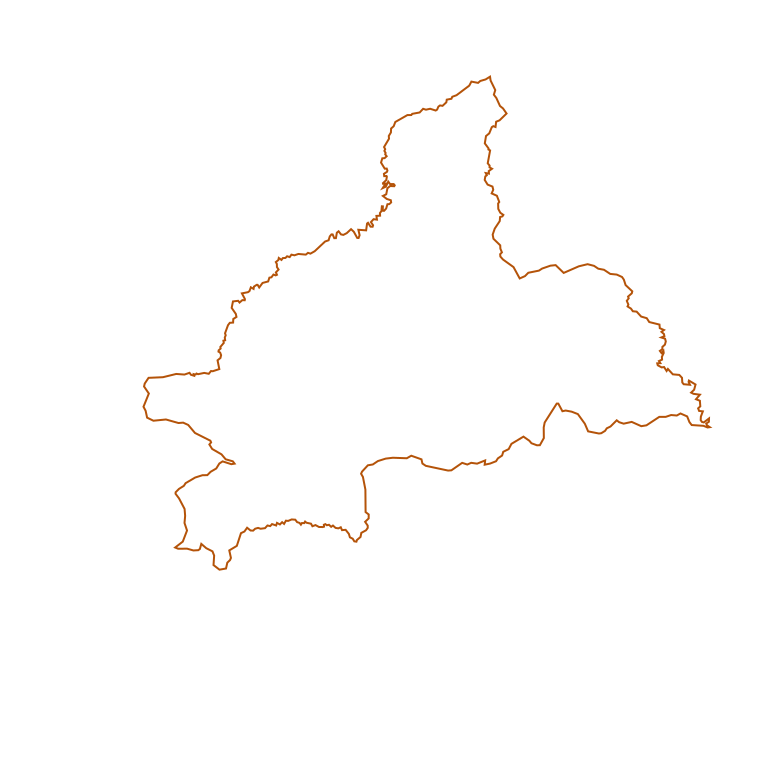 La Palma, Cundinamarca, Colombia (orthographic projection), rotated 237°
{"feature_id": "7082276B19897165223150", "entity_name": "La Palma", "entity_type": "district", "adm_level": 2, "iso_a3": "COL", "parent_name": "Colombia", "parent_adm1": "Cundinamarca", "projection": "orthographic", "projection_center": [-74.393, 5.347], "detail": "fine", "context": "isolated", "style": "outline", "palette": "amber", "viewbox_px": 768, "rotation_deg": 237, "n_neighbors": 0, "source": "geoboundaries", "source_scale": "gbopen_adm2", "svg_char_len": 6166}
<svg xmlns="http://www.w3.org/2000/svg" viewBox="0 0 768 768"><g transform="rotate(237 384 384)"><path d="M517.4,189.9L514.7,183.6L512.6,181.4L504.1,181.6L495.9,169.9L491.4,169.5L484.8,167.0L478.8,170.6L473.0,181.8L463.2,190.4L461.0,194.5L456.3,197.5L445.9,198.8L431.0,207.5L429.2,207.2L428.4,204.6L423.1,204.5L413.5,209.4L407.1,210.2L401.5,215.1L398.6,215.3L399.9,212.3L407.0,206.5L407.0,202.6L404.5,197.3L404.8,190.8L403.8,186.2L406.4,182.0L408.4,174.7L408.9,163.6L407.6,160.7L407.7,155.0L406.7,150.3L405.5,149.4L399.7,149.8L387.8,148.7L381.7,145.4L376.1,141.0L368.4,139.0L361.4,129.4L360.6,119.8L358.0,121.6L353.1,129.2L348.2,133.5L345.8,137.7L345.9,139.7L349.4,143.7L343.1,145.5L337.1,149.0L332.6,148.1L325.0,142.4L317.9,144.9L315.3,151.0L319.5,155.3L320.2,159.0L321.5,160.9L328.7,163.6L328.4,172.4L336.8,182.8L336.3,186.6L338.0,190.9L333.8,192.3L332.3,194.4L332.8,197.1L331.9,200.0L329.8,201.7L327.9,205.7L328.8,209.2L326.8,211.2L327.5,213.8L324.1,216.5L325.8,218.6L322.9,220.2L323.6,223.3L321.1,224.0L322.8,227.3L321.4,229.0L320.7,232.8L318.5,235.7L315.5,235.9L313.5,237.5L311.3,237.7L312.1,239.4L310.8,241.3L311.6,242.9L309.9,243.4L306.6,246.7L303.7,246.5L303.0,249.7L299.5,251.6L297.4,254.7L297.0,256.0L298.7,256.9L298.4,258.5L296.7,259.1L295.9,261.2L293.0,261.9L293.1,264.1L289.7,265.0L287.8,267.1L287.4,269.7L284.3,269.2L282.6,272.4L277.4,272.9L274.0,271.9L271.3,273.5L268.2,273.4L266.8,275.0L267.9,276.3L268.5,281.0L271.5,283.9L271.1,289.3L272.2,292.0L274.1,293.2L278.7,293.1L279.6,297.9L282.9,300.1L286.6,298.8L305.6,310.9L317.5,315.7L321.2,315.9L322.5,317.9L324.6,326.2L322.6,330.8L322.7,336.9L320.5,344.8L317.3,351.3L309.3,362.7L309.0,367.8L300.4,374.4L296.4,372.9L292.6,374.5L276.5,390.6L274.9,393.5L275.3,406.6L271.1,410.0L270.4,414.2L266.5,418.7L264.8,427.2L261.5,424.5L259.5,429.6L258.2,435.9L259.6,439.0L259.7,444.1L262.2,447.1L261.5,453.1L264.4,458.3L263.9,472.3L257.2,475.0L254.0,475.4L249.3,478.9L247.8,481.4L251.6,488.6L260.6,494.3L264.2,497.8L273.5,518.2L272.6,519.5L264.0,518.8L262.8,521.9L258.6,526.3L253.2,530.2L241.3,530.8L233.1,529.4L225.4,537.3L224.4,539.4L224.3,543.9L225.5,546.7L225.0,550.8L226.8,559.4L223.9,560.4L220.2,563.4L217.3,571.1L208.5,576.8L206.4,581.6L206.5,597.0L203.0,602.4L201.6,607.9L198.1,612.4L197.8,616.6L191.7,620.6L185.7,619.4L182.0,619.7L174.9,629.2L171.3,631.7L170.4,633.7L173.4,632.4L175.3,632.7L175.4,635.9L178.1,637.8L177.6,631.3L179.0,630.0L181.2,629.9L184.1,632.0L187.4,636.5L189.8,633.6L192.5,634.2L193.0,637.1L197.9,639.8L201.3,637.4L203.0,643.1L207.2,638.2L209.5,636.9L210.3,641.0L213.9,645.0L220.8,641.6L219.9,640.6L216.7,640.2L220.6,635.2L222.8,635.0L226.9,637.3L230.8,636.6L234.8,631.5L242.0,630.3L241.0,628.1L245.7,628.1L246.7,625.9L250.6,623.8L252.5,624.4L251.0,627.1L253.5,627.1L253.0,630.5L255.4,631.8L257.7,635.5L259.6,636.4L258.8,633.6L261.5,633.4L261.6,636.4L263.5,637.7L264.0,641.0L266.2,643.5L268.9,644.4L272.0,641.9L271.4,645.2L273.4,646.0L276.6,645.1L276.8,648.2L280.6,645.7L283.8,647.4L291.5,640.2L296.1,640.2L300.5,636.4L307.1,635.3L309.5,632.3L312.7,632.2L316.4,630.5L317.5,632.2L321.5,632.9L322.6,635.9L324.4,636.3L325.1,641.2L326.5,642.7L335.4,640.5L340.9,642.0L344.1,641.9L349.0,638.8L353.1,633.7L360.0,630.7L364.0,626.5L368.7,624.5L373.6,620.0L376.6,611.5L379.3,595.2L390.2,592.7L392.6,588.0L394.7,579.5L394.7,575.7L398.7,565.6L397.7,561.0L398.6,555.3L411.5,556.3L423.6,551.6L427.5,551.0L429.6,552.1L430.2,554.6L434.1,555.3L437.0,557.0L446.2,554.9L450.1,556.5L454.0,561.5L457.6,569.8L460.8,572.3L460.1,574.6L460.8,576.2L464.3,574.8L468.6,575.2L473.2,578.0L473.9,579.8L480.4,581.2L485.2,578.1L487.4,581.4L490.5,582.5L494.8,579.5L500.3,579.6L502.9,582.0L503.1,583.9L505.5,584.2L503.3,586.6L505.5,587.8L505.7,591.8L508.2,590.5L509.6,591.5L512.6,591.2L522.1,600.2L523.8,599.3L524.6,600.0L530.9,599.6L536.4,604.6L536.9,608.8L540.7,614.3L540.7,616.1L538.8,617.5L542.9,620.9L542.2,624.5L544.1,634.1L550.3,633.9L554.0,632.7L562.7,634.0L566.8,633.7L569.9,637.4L580.5,638.7L584.0,640.3L584.1,635.1L585.7,629.8L585.3,626.9L590.0,622.0L587.8,618.0L586.7,602.1L587.7,597.7L586.5,595.9L588.3,591.5L586.3,589.7L585.4,584.6L587.1,582.7L587.0,580.7L585.2,578.0L585.2,576.3L589.7,572.6L591.2,568.6L593.5,566.7L592.3,561.8L595.2,554.8L594.7,553.4L596.8,550.1L597.6,536.2L594.9,532.5L594.4,529.1L591.2,526.8L589.4,523.1L587.0,521.8L582.7,513.1L580.3,512.9L579.3,511.3L576.9,511.2L576.0,510.1L573.6,510.3L573.1,507.5L574.2,505.5L571.3,502.1L564.2,501.9L563.2,503.6L561.1,503.1L560.3,502.0L560.3,498.4L558.2,497.4L557.1,499.4L556.3,499.3L553.8,497.0L553.0,492.5L552.4,492.3L551.2,494.5L549.0,489.6L548.5,493.0L551.4,497.8L548.4,498.0L546.4,501.0L544.8,501.2L544.3,500.3L546.7,497.0L546.3,493.5L541.9,489.2L542.3,485.5L537.7,487.1L534.4,489.8L532.4,488.9L532.0,486.4L532.9,484.8L530.0,481.4L529.2,478.4L530.0,477.3L533.6,479.8L534.2,479.0L530.4,476.0L529.6,473.7L527.3,472.4L529.1,469.2L525.7,467.6L527.9,465.0L526.9,461.2L523.1,461.3L522.1,460.1L523.3,458.4L527.9,458.4L527.8,457.2L522.6,452.7L527.3,446.5L522.1,444.6L520.3,442.2L521.1,441.1L528.1,441.6L531.8,440.7L530.8,434.9L531.2,431.1L532.9,429.4L536.8,429.1L536.6,426.9L532.5,423.1L533.4,421.7L537.4,422.4L538.1,421.4L537.3,418.9L534.7,415.8L535.6,412.2L533.1,398.2L533.4,393.3L535.4,391.7L535.1,388.9L539.7,383.0L540.7,379.0L542.9,376.8L541.8,374.0L543.9,372.3L543.4,370.0L544.7,367.7L543.9,365.6L547.0,364.4L545.5,362.9L545.2,359.7L543.0,359.5L540.4,357.9L537.4,357.9L536.5,354.1L533.9,353.7L534.1,352.3L536.0,350.9L534.8,347.7L535.6,345.8L533.1,342.7L534.9,337.2L532.9,331.9L536.0,332.0L536.5,331.3L536.5,328.0L534.8,326.4L537.6,325.0L535.2,321.8L535.1,319.9L537.4,314.2L530.9,313.6L530.1,312.8L531.5,310.9L531.0,307.2L533.2,307.0L535.5,302.3L530.8,297.7L523.5,297.9L520.6,296.8L520.6,293.0L517.7,290.9L519.3,288.0L518.3,285.2L513.1,278.3L511.1,277.8L509.7,275.8L507.2,274.6L507.8,272.9L505.7,272.0L504.2,266.9L502.7,266.3L502.3,263.7L501.3,262.8L499.6,263.7L496.9,263.1L494.9,261.0L494.5,257.3L486.2,254.0L488.0,247.3L489.1,246.0L488.0,242.6L491.2,239.3L493.5,233.4L494.9,232.4L494.5,231.1L495.9,229.8L494.4,229.2L496.9,227.1L499.3,227.0L500.6,221.8L505.6,215.2L510.1,202.3L517.4,189.9Z" fill="none" stroke="#b45309" stroke-width="2"/></g></svg>